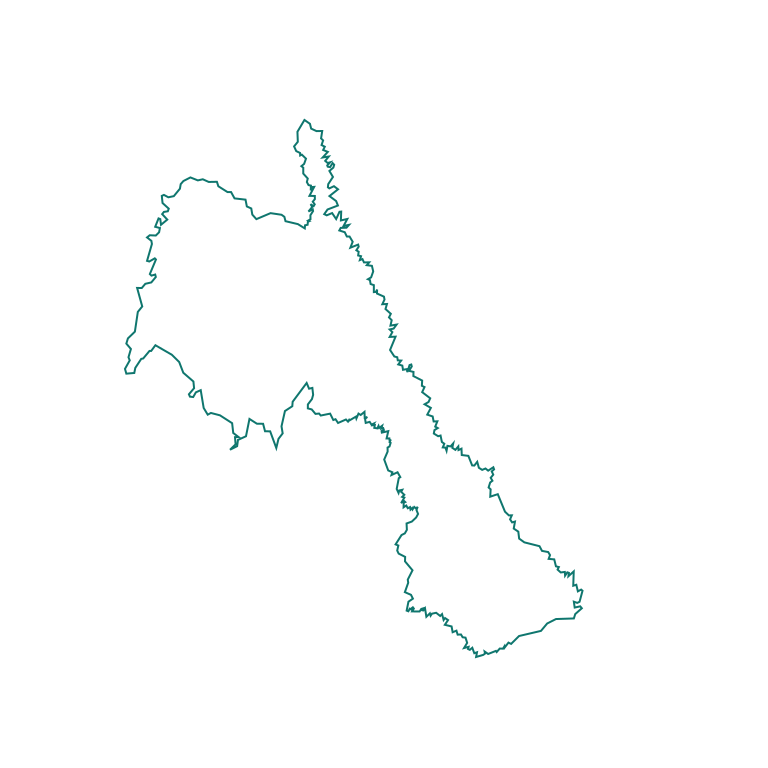 outline of San Luis De Palenque, Casanare, Colombia, rotated 34°
{"feature_id": "7082276B9336355262277", "entity_name": "San Luis De Palenque", "entity_type": "district", "adm_level": 2, "iso_a3": "COL", "parent_name": "Colombia", "parent_adm1": "Casanare", "projection": "equal_earth", "projection_center": [-71.555, 5.277], "detail": "fine", "context": "isolated", "style": "outline", "palette": "teal", "viewbox_px": 768, "rotation_deg": 34, "n_neighbors": 0, "source": "geoboundaries", "source_scale": "gbopen_adm2", "svg_char_len": 6162}
<svg xmlns="http://www.w3.org/2000/svg" viewBox="0 0 768 768"><g transform="rotate(34 384 384)"><path d="M105.6,336.2L104.7,345.8L100.8,349.8L95.8,350.3L94.6,352.3L99.2,357.8L107.5,359.0L108.2,361.7L105.3,364.4L105.1,367.2L112.4,368.9L110.1,376.7L106.3,372.4L104.5,372.8L106.4,381.6L111.0,380.0L112.7,384.0L111.8,388.5L106.6,391.7L105.6,395.0L111.1,395.4L113.3,397.7L118.7,414.4L120.9,413.7L123.7,408.0L125.3,408.3L128.4,423.8L130.6,424.2L133.1,421.2L135.0,422.9L134.3,429.9L130.1,434.4L129.5,439.9L125.6,442.4L140.2,454.9L139.6,461.9L148.2,479.9L146.2,489.4L147.8,494.6L154.6,496.5L157.2,504.7L160.0,506.6L160.8,516.3L164.6,519.5L170.8,514.5L168.8,509.7L168.7,498.9L170.1,497.5L171.1,487.7L172.5,486.8L172.8,479.7L191.8,478.4L201.9,480.3L211.3,486.9L224.6,488.5L228.9,493.7L228.0,501.6L230.2,503.0L233.1,501.5L232.7,496.1L235.5,491.6L247.9,504.7L255.0,508.0L256.7,504.8L265.5,501.7L280.0,501.4L286.4,508.9L293.0,509.3L290.2,511.4L294.7,517.0L293.1,524.6L297.0,517.7L294.2,512.0L298.8,504.5L292.0,488.2L300.8,488.0L306.0,484.6L311.8,489.7L316.1,486.9L330.5,497.3L327.2,488.5L327.6,481.6L322.7,476.4L317.0,461.8L320.4,453.7L318.2,449.8L319.3,426.4L324.5,429.8L326.8,427.3L331.3,432.6L332.7,436.8L332.3,443.5L334.5,446.8L338.3,445.5L343.9,447.1L346.7,444.8L349.2,445.5L355.9,438.7L362.1,442.2L363.5,440.3L367.7,442.0L372.3,434.7L375.2,435.3L375.1,432.0L375.6,433.8L379.0,426.7L380.4,428.0L379.4,422.8L382.0,422.7L383.4,418.0L386.9,422.8L388.6,420.7L387.8,423.5L390.6,426.5L393.3,423.4L396.3,424.7L397.7,422.4L397.7,424.5L399.3,423.1L400.5,425.8L403.3,424.5L402.9,421.8L404.6,423.1L405.8,419.7L406.7,422.5L408.0,421.0L409.6,422.2L408.3,424.3L409.4,425.5L413.9,420.7L416.6,427.7L418.9,426.1L420.3,427.8L420.7,426.2L421.2,429.1L422.4,429.1L423.5,432.7L422.5,434.7L424.8,438.0L426.4,446.5L435.8,453.3L440.3,452.5L441.1,455.3L444.6,449.6L449.6,452.1L448.9,453.8L453.2,463.9L457.0,466.2L456.2,463.7L458.3,461.5L458.5,463.8L462.8,464.5L462.2,467.4L464.4,466.8L464.8,473.2L465.6,469.7L467.6,470.0L466.7,471.4L469.2,475.3L470.4,472.3L473.2,473.7L474.4,471.5L476.2,473.3L476.6,471.1L477.8,472.0L477.8,469.0L480.3,469.3L480.6,467.0L481.4,470.3L484.9,472.7L485.3,476.7L484.0,482.5L480.7,487.0L484.5,492.1L484.8,496.2L483.0,499.4L483.3,510.5L486.2,509.9L488.1,514.7L491.0,516.4L498.2,515.5L500.6,519.3L511.8,522.5L513.1,532.9L515.2,535.2L517.7,544.9L524.3,543.7L528.0,545.8L526.0,550.8L529.5,559.2L531.3,558.8L531.0,555.9L533.5,555.7L532.2,554.8L532.8,553.0L534.3,553.5L534.5,556.8L540.7,552.7L540.7,549.6L542.1,547.9L542.2,550.2L543.2,549.8L543.4,547.0L549.3,553.3L550.3,548.5L552.2,550.0L552.2,547.6L555.2,544.5L560.3,544.9L560.8,542.3L565.4,546.3L565.5,543.9L569.1,543.9L569.1,549.6L575.6,547.2L579.7,551.4L582.0,548.0L585.2,550.6L587.9,548.6L590.8,550.0L593.4,548.7L597.7,552.1L598.0,558.1L601.1,554.6L601.8,556.7L603.8,556.4L604.7,553.3L609.4,556.7L611.1,554.4L613.0,558.8L617.8,553.0L618.5,551.0L617.0,549.5L621.3,549.6L626.0,542.7L627.3,543.2L627.9,538.6L630.6,536.9L630.5,534.1L631.4,535.1L631.8,528.8L634.7,528.4L636.9,517.4L652.2,500.9L653.2,491.3L658.0,482.7L672.5,472.2L671.2,467.8L673.4,459.3L671.0,458.6L667.1,462.7L663.1,458.3L666.6,457.4L667.9,455.2L664.2,444.4L662.4,444.2L660.7,447.5L655.7,442.9L653.7,445.4L646.1,433.3L644.4,440.2L642.9,437.2L641.3,437.6L641.3,441.6L639.0,438.7L635.9,441.4L631.7,440.8L631.3,438.0L628.5,439.0L623.2,434.2L618.3,436.9L617.3,433.0L614.1,431.5L608.3,434.0L603.6,431.5L588.9,436.8L582.5,436.6L577.9,431.3L572.4,431.3L569.5,424.8L567.6,427.1L564.2,425.7L563.4,421.4L561.0,423.1L555.7,422.2L539.9,411.7L535.1,418.0L531.3,411.7L528.6,411.3L527.1,406.3L528.0,403.6L524.9,402.1L525.3,398.1L522.2,396.2L523.0,393.2L521.2,391.9L518.8,397.6L515.4,397.3L513.4,400.3L509.5,400.4L504.8,396.4L504.5,401.1L502.6,402.2L494.1,396.4L488.2,399.4L484.4,394.3L482.7,397.1L480.5,394.2L480.0,398.7L476.3,398.7L474.6,394.5L474.1,398.5L471.2,399.8L473.2,404.4L470.5,402.4L468.2,403.7L467.4,399.8L464.4,399.7L459.7,395.1L458.1,397.0L453.0,397.2L451.6,394.0L453.2,390.5L450.3,390.7L449.1,385.1L446.1,387.3L442.5,383.7L437.0,385.2L436.2,377.6L429.0,378.1L431.0,374.0L430.3,370.0L420.2,369.4L419.3,363.9L416.4,364.3L413.7,359.8L403.9,361.0L401.7,357.5L397.4,359.1L397.2,353.9L395.7,352.6L394.6,354.0L396.7,361.1L394.6,358.9L391.8,361.6L388.9,358.5L384.9,359.8L385.1,355.0L382.2,356.7L380.0,354.4L377.2,355.4L370.0,352.4L367.1,338.3L362.4,341.8L361.9,336.3L358.2,335.6L361.0,332.7L361.2,327.7L356.7,332.0L354.7,326.8L350.9,326.0L350.4,322.0L343.3,321.0L341.7,316.0L338.0,318.8L337.2,313.7L335.1,311.6L327.6,312.9L325.5,309.6L325.8,312.2L324.2,313.5L320.3,307.7L317.0,308.6L314.2,305.7L312.1,306.1L313.7,302.8L312.1,296.7L307.9,292.8L303.3,295.1L303.7,291.4L299.4,294.4L296.3,292.5L294.7,294.8L293.5,290.9L290.7,291.9L289.0,288.5L286.3,288.6L286.2,284.3L284.6,282.9L279.9,289.8L278.5,283.6L273.0,281.0L270.7,282.5L266.6,280.1L261.1,281.7L260.8,278.8L265.5,275.4L266.0,271.6L262.1,275.6L261.3,267.7L256.8,272.5L252.1,265.0L250.8,266.1L252.1,274.0L245.4,271.3L242.2,276.2L239.5,276.6L239.6,270.9L246.0,261.8L242.0,259.1L233.7,258.7L237.0,248.3L231.9,248.0L229.3,252.4L227.5,252.3L226.0,249.5L225.9,240.9L219.6,237.9L221.0,232.9L220.1,230.1L217.9,229.6L218.0,234.4L215.8,235.3L214.7,234.5L215.4,230.3L213.7,232.3L210.5,231.9L211.0,226.3L206.5,230.5L207.6,223.0L202.7,224.0L202.2,220.4L198.6,220.8L197.3,216.1L194.5,215.6L191.3,208.8L186.6,212.1L180.8,213.0L177.1,209.7L170.4,209.6L171.2,223.3L177.1,231.4L176.6,237.3L181.0,240.0L185.2,239.4L186.7,241.4L187.6,239.8L193.3,240.8L194.7,246.2L193.7,249.6L196.1,249.8L199.4,254.7L205.9,256.3L207.1,259.7L210.2,261.3L212.5,260.4L215.0,264.5L214.0,261.1L215.9,259.6L217.0,269.7L221.5,266.8L223.3,269.4L223.0,272.7L226.1,273.8L226.2,275.9L222.6,276.0L225.5,277.3L224.9,283.2L227.3,279.1L228.5,280.3L228.6,285.2L230.9,288.5L229.7,291.0L231.0,290.8L230.2,292.1L231.6,294.7L229.8,296.6L231.3,299.3L223.2,299.6L211.3,304.1L207.9,301.1L204.4,301.0L194.4,305.8L186.0,318.7L180.1,317.2L175.8,312.7L171.0,313.5L166.1,308.6L156.3,313.7L149.9,310.4L146.9,312.4L136.1,312.7L132.4,309.8L125.7,314.5L119.3,315.6L115.8,319.3L108.0,321.0L104.2,327.9L103.7,332.0L105.6,336.2Z" fill="none" stroke="#0f766e" stroke-width="2"/></g></svg>